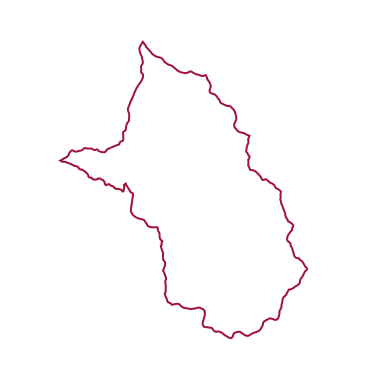 the district of Sama, Ha, Bhutan, rotated 200°
{"feature_id": "84629894B76419626659945", "entity_name": "Sama", "entity_type": "district", "adm_level": 2, "iso_a3": "BTN", "parent_name": "Bhutan", "parent_adm1": "Ha", "projection": "natural_earth1", "projection_center": [89.274, 27.297], "detail": "fine", "context": "isolated", "style": "outline", "palette": "rose", "viewbox_px": 384, "rotation_deg": 200, "n_neighbors": 0, "source": "geoboundaries", "source_scale": "gbopen_adm2", "svg_char_len": 5998}
<svg xmlns="http://www.w3.org/2000/svg" viewBox="0 0 384 384"><g transform="rotate(200 192 192)"><path d="M57.5,159.1L58.4,160.0L60.4,160.8L61.6,162.0L63.2,163.4L65.1,164.7L68.1,165.4L68.6,166.2L71.2,165.8L72.3,165.9L73.3,166.3L74.9,168.0L75.9,169.9L77.6,171.8L78.3,173.1L81.2,175.6L81.8,177.3L83.4,178.1L84.5,178.2L86.2,179.6L86.5,180.0L87.0,182.2L86.9,184.8L86.0,187.8L84.9,190.8L85.4,191.6L85.3,194.7L85.6,195.5L88.0,196.7L91.9,197.4L92.7,198.8L93.7,199.3L95.2,200.5L96.4,202.3L97.6,204.4L101.2,208.3L102.1,209.7L103.8,211.2L105.4,213.8L106.5,215.2L106.9,217.5L107.6,219.1L108.1,220.0L108.4,222.3L109.1,223.2L111.5,224.0L114.4,224.4L115.5,225.0L116.3,226.1L117.1,226.6L119.4,227.4L121.5,227.4L126.7,229.3L128.3,228.5L129.2,227.6L130.4,227.6L133.0,230.0L136.7,232.0L139.8,233.2L141.8,233.3L143.8,232.9L145.2,232.9L146.2,234.2L147.6,235.7L148.4,236.3L148.5,237.5L150.2,241.7L149.8,243.0L149.9,245.0L151.0,245.5L153.6,247.7L155.1,248.7L155.4,251.0L156.0,253.0L156.0,255.6L155.8,257.4L156.1,258.4L157.1,260.2L157.3,261.6L157.2,264.5L160.8,264.6L163.2,265.1L165.2,264.9L166.8,264.6L169.4,264.7L171.3,265.8L174.3,267.5L175.1,268.9L175.6,270.4L175.2,274.8L175.7,277.0L179.1,282.1L180.1,282.8L181.1,283.7L182.9,284.4L184.8,285.6L186.2,285.6L188.8,284.8L190.2,285.0L191.5,285.0L195.1,285.6L196.2,285.9L197.2,287.5L199.5,288.8L201.7,290.5L204.4,291.5L205.4,291.4L208.8,291.4L209.6,292.1L210.3,293.7L210.4,297.4L211.3,299.0L212.2,300.3L214.0,301.7L216.3,303.3L216.7,304.2L218.2,305.7L219.0,306.4L219.6,306.3L220.8,305.1L222.2,304.4L224.8,304.5L228.9,304.0L231.9,304.5L234.0,305.0L235.5,304.2L236.6,302.9L238.8,301.4L243.0,300.7L246.0,300.9L249.9,302.2L252.2,303.1L254.1,303.7L255.5,303.8L258.1,303.7L260.9,304.4L262.6,305.0L264.6,306.6L265.8,307.2L267.4,307.4L269.2,307.3L271.9,307.0L275.6,307.8L276.9,308.3L280.9,310.8L282.4,311.3L283.4,312.1L284.9,312.7L285.7,313.8L289.6,316.3L290.5,311.9L290.7,309.8L290.4,308.3L289.2,306.3L287.8,304.4L285.5,302.0L285.0,301.3L284.2,299.9L282.6,297.2L282.3,296.2L282.3,295.6L282.8,293.5L282.8,292.6L282.6,291.8L281.8,290.2L280.9,287.3L280.4,286.8L278.8,286.1L278.3,285.5L277.6,284.3L277.4,283.3L277.3,281.8L277.4,280.6L277.6,278.8L278.9,274.2L279.2,272.4L279.6,271.2L280.0,266.5L280.2,259.7L280.6,258.8L280.3,257.6L280.7,255.3L280.6,253.1L280.8,250.3L280.6,248.0L279.9,246.6L278.2,244.5L277.5,243.3L276.8,241.4L276.7,240.8L276.3,239.5L275.9,238.6L275.7,237.8L275.7,236.8L276.2,235.4L276.5,234.3L276.5,232.5L276.3,231.3L275.6,228.0L275.6,227.2L275.9,226.7L276.9,225.3L277.2,224.7L277.1,224.1L276.1,222.1L274.6,218.1L274.4,217.2L274.4,216.7L274.8,216.2L276.5,214.7L276.8,214.3L276.7,212.1L276.9,211.7L277.7,211.0L280.3,208.9L286.3,203.1L286.7,201.3L286.9,200.9L287.2,200.3L288.1,199.2L290.6,198.6L293.0,198.5L294.0,198.7L295.4,199.6L296.0,199.5L297.2,198.5L298.1,198.0L300.3,198.3L301.3,198.3L302.9,198.0L305.3,197.0L307.0,196.8L308.1,196.4L308.6,195.8L309.2,194.5L309.7,193.7L310.8,192.8L312.2,192.0L314.8,190.2L315.4,190.0L316.0,189.9L318.5,190.3L319.2,190.0L319.7,189.4L320.2,188.2L320.7,185.6L320.7,184.2L321.0,183.1L321.2,182.7L321.7,181.9L323.8,179.7L325.6,177.4L326.5,176.5L325.0,176.1L323.8,176.2L322.4,176.8L320.6,176.9L320.1,177.1L319.3,176.8L317.0,176.9L316.3,176.8L315.2,177.0L314.3,176.7L312.7,176.6L311.7,176.2L310.1,176.6L309.5,176.5L308.5,176.7L307.0,176.2L306.1,175.3L304.4,174.9L303.7,175.3L302.2,175.4L300.8,174.8L300.0,174.8L299.2,174.7L298.4,173.9L297.0,173.6L295.2,172.3L294.8,171.2L293.9,170.7L293.2,170.5L292.2,171.0L290.4,170.7L289.7,170.1L287.7,170.2L286.9,170.8L286.0,171.0L285.4,171.7L285.3,172.2L284.3,172.5L283.7,173.1L282.6,173.2L281.3,172.7L280.3,172.9L277.6,171.6L277.3,171.2L276.8,169.9L275.5,169.1L275.1,169.0L274.5,169.8L273.7,170.2L272.5,171.1L271.5,170.6L269.5,170.1L268.5,170.4L267.1,170.0L266.2,169.2L263.9,169.0L262.8,169.7L260.6,169.9L259.2,169.8L258.6,169.7L257.5,168.7L256.8,169.0L256.7,169.5L256.7,170.0L256.9,170.8L257.0,171.9L257.3,172.6L257.5,174.1L258.3,175.3L257.4,176.2L257.5,176.9L257.0,177.3L256.3,176.2L251.0,172.1L249.9,171.0L247.4,170.6L246.3,169.1L245.8,165.7L244.6,160.5L243.8,155.7L242.6,152.6L239.7,150.2L235.9,149.0L232.3,148.9L227.9,149.4L226.6,148.6L223.8,146.7L221.8,144.9L221.3,144.8L219.0,144.8L215.3,145.9L212.6,147.0L212.0,146.5L211.7,146.0L211.4,145.6L211.2,145.1L211.0,144.5L210.6,143.9L208.6,142.3L208.0,141.1L207.1,138.6L206.4,137.8L206.1,137.2L205.7,136.7L204.9,136.3L203.1,135.8L202.9,135.3L203.2,134.3L203.2,133.7L202.4,132.2L202.6,131.5L202.9,130.9L202.6,130.0L202.0,129.4L200.3,127.0L198.6,125.3L198.2,124.6L197.8,123.6L197.3,121.4L196.1,118.9L195.7,118.3L193.6,117.1L193.1,116.4L192.7,115.6L192.2,113.4L192.2,112.0L192.4,109.0L192.3,108.3L192.0,107.9L191.2,107.3L190.3,106.4L186.9,102.1L186.6,100.7L186.6,99.4L186.5,98.6L186.1,97.7L184.7,95.2L184.1,93.8L183.4,91.3L182.6,89.3L182.6,88.8L182.7,88.0L182.9,87.6L181.5,85.2L179.6,83.4L177.7,80.9L177.1,80.4L176.4,80.2L174.1,80.1L172.4,79.1L168.9,81.3L167.8,81.8L166.5,82.2L165.6,82.2L163.1,81.0L161.3,80.5L160.4,80.3L159.0,80.5L157.7,80.8L152.9,81.7L151.4,82.6L149.6,83.3L148.1,84.5L146.1,85.7L145.2,86.0L143.3,85.7L141.6,85.7L139.4,84.5L138.9,83.7L138.4,82.0L137.9,80.9L137.6,77.8L137.3,73.0L136.9,71.8L136.4,70.8L134.5,69.4L132.3,69.8L131.1,70.3L128.7,70.6L127.4,71.0L126.6,70.9L123.9,69.1L122.0,68.8L121.5,68.8L120.0,69.8L118.7,70.1L115.5,69.9L112.0,68.6L106.8,67.7L105.2,68.1L104.4,69.5L104.4,71.7L104.3,73.2L103.9,74.0L102.5,75.3L101.3,76.2L99.4,77.0L98.5,76.9L94.4,75.8L92.8,75.6L91.5,75.5L90.0,76.1L86.9,79.7L85.5,81.1L83.5,82.6L81.8,84.2L80.7,86.2L80.1,90.0L80.0,91.3L80.4,93.2L80.4,94.0L79.3,96.0L77.2,98.2L76.4,99.2L75.7,99.9L74.5,100.1L69.7,100.3L68.4,101.6L67.8,102.8L68.1,107.0L68.4,108.2L69.0,109.4L69.0,110.4L68.5,113.8L68.7,115.1L69.3,116.2L69.3,117.0L69.5,119.0L70.1,121.9L70.0,124.5L68.3,127.6L68.2,130.0L67.6,133.4L65.7,134.5L64.0,136.3L63.0,138.0L61.8,139.5L60.1,141.7L59.7,143.8L59.9,144.5L60.2,146.1L60.2,147.5L59.3,150.2L58.7,155.6L58.3,156.8L57.7,157.6L57.5,159.1Z" fill="none" stroke="#9f1239" stroke-width="2"/></g></svg>